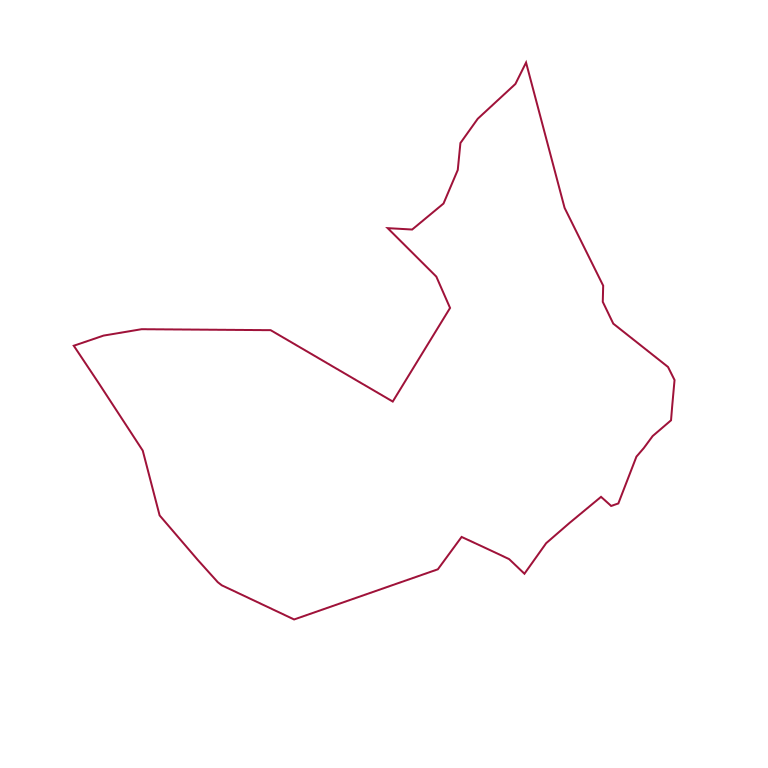 the district of Udung Uko, Akwa Ibom, Nigeria, rotated 155°
{"feature_id": "59680162B95559320678868", "entity_name": "Udung Uko", "entity_type": "district", "adm_level": 2, "iso_a3": "NGA", "parent_name": "Nigeria", "parent_adm1": "Akwa Ibom", "projection": "equal_earth", "projection_center": [8.245, 4.743], "detail": "fine", "context": "isolated", "style": "outline", "palette": "rose", "viewbox_px": 768, "rotation_deg": 155, "n_neighbors": 0, "source": "geoboundaries", "source_scale": "gbopen_adm2", "svg_char_len": 730}
<svg xmlns="http://www.w3.org/2000/svg" viewBox="0 0 768 768"><g transform="rotate(155 384 384)"><path d="M222.1,176.7L185.9,211.5L175.7,216.1L162.5,223.3L139.2,229.8L131.9,242.6L119.0,264.8L119.4,279.4L150.7,341.8L151.0,366.0L143.8,380.5L145.9,467.3L119.4,615.3L138.1,600.4L186.9,584.8L196.8,579.2L212.9,570.1L221.9,554.9L226.7,546.8L253.8,522.4L293.2,512.1L314.8,523.7L291.2,459.2L292.0,425.0L383.5,364.4L464.0,480.7L580.5,536.1L617.7,546.4L649.0,549.8L642.3,506.0L630.8,425.6L642.9,359.7L627.1,303.1L618.4,274.6L616.1,270.1L565.0,208.6L413.5,193.3L378.3,212.6L358.5,189.1L344.6,172.4L336.9,152.7L304.3,171.2L274.5,179.7L235.0,190.0L230.5,179.5L229.7,177.5L222.1,176.7Z" fill="none" stroke="#9f1239" stroke-width="2"/></g></svg>